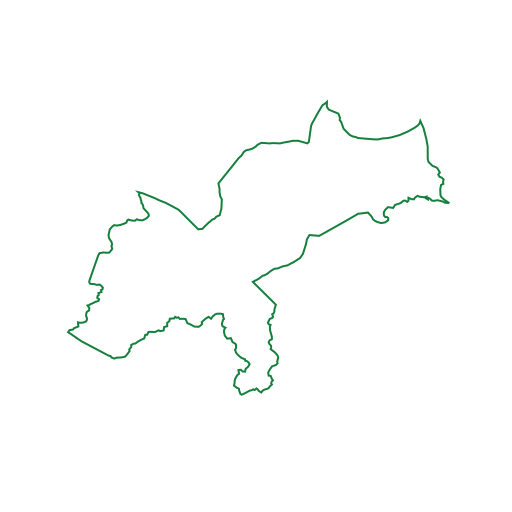 outline of Camaquã, Rio Grande do Sul, Brazil, rotated 257°
{"feature_id": "56859067B61362337582377", "entity_name": "Camaquã", "entity_type": "district", "adm_level": 2, "iso_a3": "BRA", "parent_name": "Brazil", "parent_adm1": "Rio Grande do Sul", "projection": "natural_earth1", "projection_center": [-51.838, -30.928], "detail": "fine", "context": "isolated", "style": "outline", "palette": "green", "viewbox_px": 512, "rotation_deg": 257, "n_neighbors": 0, "source": "geoboundaries", "source_scale": "gbopen_adm2", "svg_char_len": 4956}
<svg xmlns="http://www.w3.org/2000/svg" viewBox="0 0 512 512"><g transform="rotate(257 256 256)"><path d="M131.1,244.6L132.3,243.9L135.9,243.3L136.6,241.4L139.6,241.6L142.1,243.7L144.8,246.7L145.4,251.1L146.6,252.9L148.5,252.9L152.0,254.8L154.3,254.6L157.6,252.9L162.0,249.3L163.1,250.1L165.1,250.5L167.7,249.1L169.4,249.0L170.8,250.5L171.3,252.7L173.7,253.3L180.3,253.0L183.5,253.5L185.6,254.7L186.5,253.1L188.3,252.6L191.6,255.2L191.9,257.5L192.7,258.9L195.6,258.7L196.1,260.2L197.8,261.4L199.9,262.0L204.1,264.4L231.5,247.1L233.1,253.2L235.3,258.1L235.3,259.9L236.3,263.3L238.0,266.8L239.4,271.0L239.0,274.5L239.9,279.8L239.8,284.5L241.8,292.0L244.1,298.4L247.5,302.2L256.2,307.3L260.8,309.4L264.4,312.8L261.4,322.1L270.0,351.5L274.2,365.1L273.9,367.2L273.3,373.1L273.2,374.8L268.7,377.4L265.2,378.4L263.3,380.0L262.0,381.6L259.9,385.4L259.7,389.3L261.0,392.8L263.3,393.4L264.4,392.5L264.9,390.7L266.4,389.9L268.2,389.9L270.1,390.6L271.8,392.1L273.9,395.6L272.0,400.5L274.5,403.0L275.0,408.7L276.7,412.1L276.4,413.9L274.7,415.6L275.6,417.0L278.4,417.7L276.4,420.3L275.7,422.7L277.1,424.0L278.3,427.0L277.1,428.4L275.4,433.0L275.5,435.3L274.1,434.4L272.4,436.3L274.1,436.6L272.8,438.4L270.3,439.9L269.7,442.0L269.5,445.5L267.1,450.2L265.5,452.0L264.1,456.2L268.5,452.1L271.7,449.9L273.6,449.4L279.8,450.6L283.6,452.3L284.1,454.8L286.1,454.9L288.3,456.0L290.6,454.6L291.9,452.6L294.4,451.9L296.0,453.9L298.4,453.2L300.3,452.6L301.5,451.9L302.8,450.2L304.0,448.3L305.7,447.2L309.0,445.2L312.1,445.2L324.0,447.9L331.6,448.3L343.1,448.0L350.7,446.5L348.1,445.0L346.7,442.8L346.0,441.2L345.3,439.5L343.1,431.8L341.5,423.0L341.1,414.6L341.4,409.9L342.1,405.8L342.1,401.5L343.0,397.5L348.0,381.9L349.6,379.8L350.6,377.3L352.9,374.5L360.2,370.0L367.7,369.1L369.5,368.1L371.9,368.9L376.2,368.3L382.0,360.1L384.1,359.0L386.2,358.7L388.2,359.3L390.2,359.8L389.3,358.3L387.9,354.6L381.4,348.4L372.7,340.6L370.5,339.0L355.2,333.1L354.2,331.4L358.8,323.0L360.0,317.6L360.0,314.5L360.2,311.2L360.3,308.1L360.3,304.8L361.2,301.6L361.9,299.1L362.4,296.7L362.6,294.7L363.6,291.5L365.0,286.9L364.7,284.9L363.9,282.3L362.6,280.2L361.4,276.5L361.2,273.8L361.2,269.9L360.1,267.5L357.1,264.4L355.4,261.3L348.9,253.1L336.2,237.0L335.2,235.7L329.4,235.6L327.3,235.0L325.8,234.8L324.1,234.7L322.1,234.6L318.8,235.5L316.0,234.6L313.7,234.0L309.5,232.8L307.8,231.8L303.9,229.8L303.3,226.3L301.6,223.9L301.3,221.4L300.3,219.8L299.3,217.6L297.5,214.6L294.4,209.6L294.9,207.5L294.9,205.8L305.9,198.9L307.8,197.7L314.8,193.4L318.6,190.9L328.0,180.1L332.6,173.5L334.9,170.7L342.6,159.7L344.7,155.6L343.1,156.6L341.7,155.6L338.2,156.6L336.6,156.4L335.1,156.7L333.6,156.2L332.3,157.0L330.3,157.3L328.0,157.1L322.8,160.0L321.0,160.8L319.3,160.6L317.8,158.7L316.9,156.4L316.3,153.2L317.3,150.2L318.6,148.1L317.6,146.0L318.6,142.7L320.2,139.8L319.4,138.3L317.7,137.3L317.3,135.5L316.8,131.4L316.9,127.4L318.0,124.7L316.8,122.2L314.8,119.5L309.5,117.0L306.4,116.8L302.1,118.4L299.6,118.4L298.3,117.4L295.2,117.5L292.3,113.8L292.9,110.6L293.7,108.5L294.0,104.2L291.9,102.3L269.4,88.1L267.9,87.6L266.1,88.3L265.0,92.1L263.7,94.3L263.3,97.3L261.8,98.5L259.6,99.7L258.0,98.9L257.7,97.3L255.6,97.3L255.3,94.1L253.3,94.0L252.5,92.5L250.8,91.9L249.2,93.4L247.6,92.3L247.5,89.3L246.7,86.5L246.4,84.2L245.7,82.4L245.7,80.7L242.9,81.9L240.5,81.1L239.7,78.8L238.6,77.9L235.8,76.9L233.8,77.3L231.8,76.9L230.4,75.5L230.0,72.1L230.7,69.0L231.4,67.6L227.3,67.1L226.6,62.4L225.5,61.2L225.7,57.6L224.0,55.8L221.1,58.6L212.4,66.5L199.6,81.3L192.0,90.1L191.2,91.8L189.6,92.4L187.9,95.0L188.3,97.3L187.6,101.1L187.3,104.0L187.4,105.8L188.6,107.6L191.7,111.4L193.4,111.4L195.4,114.0L197.4,114.4L198.1,117.2L197.9,118.9L199.0,121.4L200.3,125.4L200.8,128.6L202.8,129.6L204.1,130.4L203.7,132.2L206.2,134.2L205.6,137.2L204.6,140.4L205.5,144.3L204.3,145.7L204.2,149.2L207.5,150.6L207.5,153.7L210.8,154.4L212.1,157.0L214.3,157.9L213.9,160.6L213.6,162.2L214.9,163.5L213.7,164.7L213.7,166.6L211.9,167.5L211.1,171.3L210.4,173.2L206.0,174.0L204.5,176.2L201.1,180.1L199.9,184.2L200.8,186.5L201.9,188.2L203.7,188.2L205.3,191.0L206.2,192.7L207.4,196.1L205.0,198.1L206.8,200.2L208.3,203.1L208.5,205.2L207.9,208.1L206.8,210.7L203.7,210.3L201.9,210.7L201.0,209.4L197.4,207.4L195.1,207.6L193.0,210.1L191.6,208.5L189.0,207.7L185.4,207.7L181.9,209.4L181.6,213.0L177.4,213.8L175.2,216.1L174.0,216.6L170.6,215.8L169.4,214.5L166.3,214.8L164.1,215.9L161.9,217.4L159.9,219.0L157.8,222.1L156.3,222.0L155.5,223.6L153.8,224.9L152.0,225.4L150.0,223.6L148.4,220.6L145.8,219.3L146.5,217.0L148.6,215.6L148.8,213.2L145.0,213.0L144.2,211.1L142.0,208.9L139.7,207.3L137.5,206.7L134.7,205.4L132.2,207.4L130.5,209.5L129.0,209.3L125.3,209.7L124.1,210.7L124.4,212.7L125.1,215.5L126.2,219.5L126.2,221.6L126.7,223.3L125.7,224.5L126.8,226.7L125.4,227.7L123.6,228.6L121.8,230.5L122.9,231.6L123.7,233.2L124.0,235.0L124.0,237.1L124.5,238.7L126.1,240.5L127.2,242.6L128.5,242.1L130.1,243.0L131.1,244.6Z" fill="none" stroke="#15803d" stroke-width="2"/></g></svg>